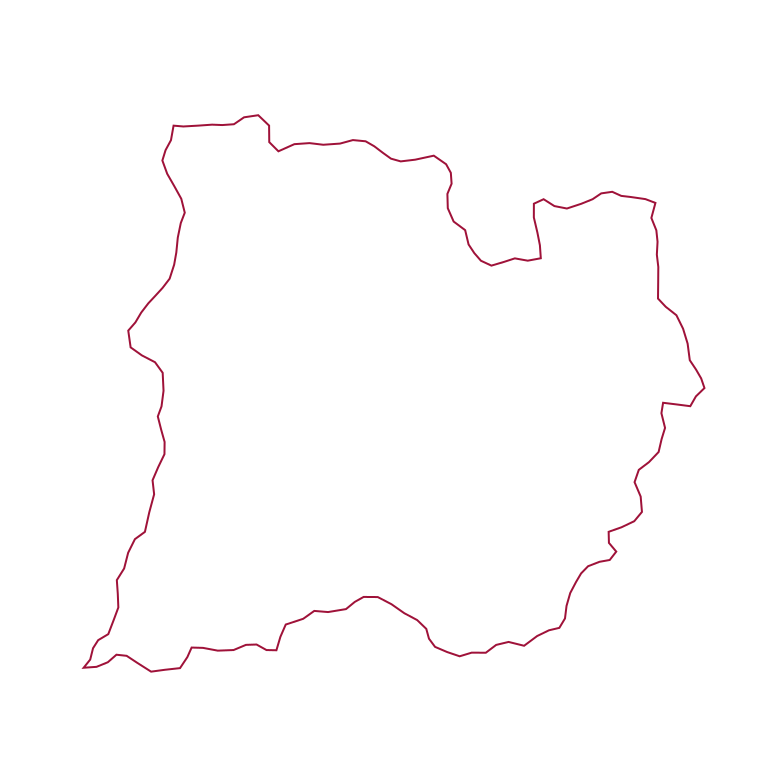 Bom Repouso, Minas Gerais, Brazil, rotated 356°
{"feature_id": "56859067B38014938025616", "entity_name": "Bom Repouso", "entity_type": "district", "adm_level": 2, "iso_a3": "BRA", "parent_name": "Brazil", "parent_adm1": "Minas Gerais", "projection": "mercator", "projection_center": [-46.184, -22.441], "detail": "fine", "context": "isolated", "style": "outline", "palette": "rose", "viewbox_px": 768, "rotation_deg": 356, "n_neighbors": 0, "source": "geoboundaries", "source_scale": "gbopen_adm2", "svg_char_len": 2341}
<svg xmlns="http://www.w3.org/2000/svg" viewBox="0 0 768 768"><g transform="rotate(356 384 384)"><path d="M667.4,222.3L657.7,217.8L642.9,214.6L633.8,212.9L625.1,208.2L614.0,209.0L605.0,214.2L593.3,218.0L578.7,221.7L566.4,218.4L556.1,210.8L546.1,214.6L545.1,228.3L547.6,243.7L549.2,256.5L549.2,269.5L536.0,271.0L523.3,267.8L512.1,270.6L499.4,273.4L489.3,267.8L483.2,259.7L478.1,250.7L475.7,236.2L464.8,226.8L459.9,213.1L460.5,198.8L465.4,188.9L465.4,178.0L461.3,169.1L449.6,159.7L430.8,162.4L416.2,163.1L406.7,159.7L399.0,153.3L390.9,146.2L382.6,140.6L370.0,138.5L356.9,141.1L340.1,141.1L326.5,138.5L311.3,138.5L294.9,144.5L286.4,134.7L287.4,118.2L277.3,107.1L263.0,108.2L252.4,114.4L240.7,114.4L230.6,113.3L216.8,113.3L201.8,113.1L192.1,111.6L188.5,125.9L182.4,135.5L178.5,145.6L182.4,159.2L188.5,171.8L194.7,185.1L197.2,199.2L192.5,209.3L188.5,223.6L186.0,238.3L183.0,250.3L177.5,264.0L169.8,272.7L161.7,280.4L154.5,287.1L146.8,295.8L140.3,305.2L132.6,312.9L133.8,329.8L144.5,338.6L157.1,346.3L164.0,357.4L163.6,375.4L160.5,390.8L156.1,400.6L158.5,413.9L161.1,426.5L160.1,438.7L153.0,451.1L146.4,463.9L147.0,478.0L140.9,495.6L135.2,514.8L124.7,521.4L117.0,534.5L111.9,549.9L103.8,561.0L103.8,574.7L103.4,588.4L98.2,599.9L91.5,614.3L81.0,619.6L75.3,627.3L71.7,638.4L64.6,646.1L77.5,646.1L89.1,642.3L98.2,635.4L108.3,637.2L118.6,645.1L131.6,654.7L145.5,653.8L160.7,653.2L168.8,642.7L173.7,633.5L185.0,634.6L199.6,638.4L215.4,638.9L228.1,634.6L238.7,635.0L248.2,641.2L258.1,642.1L263.0,629.0L269.2,617.1L287.0,612.6L298.6,605.5L312.3,607.6L330.4,605.9L339.7,599.3L348.8,595.0L362.9,596.1L376.1,604.2L388.3,614.1L400.6,621.8L409.1,631.2L411.1,641.2L416.6,649.8L428.3,655.8L440.5,660.9L452.8,658.1L466.8,659.2L477.7,652.1L490.3,650.0L505.5,654.9L519.2,646.1L531.4,641.2L541.9,639.5L548.2,630.5L550.6,618.1L555.2,605.5L561.7,595.0L567.4,586.7L574.9,580.0L586.6,576.4L596.9,575.3L604.0,567.4L597.3,558.2L597.8,547.1L610.9,543.5L624.1,538.3L632.4,529.6L632.2,514.2L627.1,499.4L632.2,487.4L642.9,480.4L653.2,471.0L657.1,458.3L661.3,447.4L658.7,432.5L661.1,422.2L674.5,424.8L688.0,427.5L694.3,418.1L703.4,410.4L700.8,400.6L696.3,391.4L690.7,381.6L689.7,364.9L686.2,349.7L680.5,335.8L670.4,326.6L663.3,317.9L664.6,301.8L665.8,286.4L665.2,274.0L666.8,261.2L666.4,249.7L662.3,237.0L667.4,222.3Z" fill="none" stroke="#9f1239" stroke-width="2"/></g></svg>